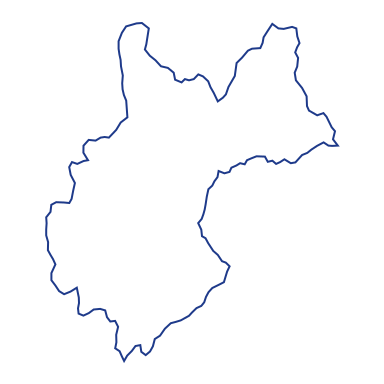 the district of Tapiratiba, São Paulo, Brazil
{"feature_id": "56859067B91878871299734", "entity_name": "Tapiratiba", "entity_type": "district", "adm_level": 2, "iso_a3": "BRA", "parent_name": "Brazil", "parent_adm1": "São Paulo", "projection": "equal_earth", "projection_center": [-46.735, -21.456], "detail": "fine", "context": "isolated", "style": "outline", "palette": "blue", "viewbox_px": 384, "rotation_deg": 0, "n_neighbors": 0, "source": "geoboundaries", "source_scale": "gbopen_adm2", "svg_char_len": 2403}
<svg xmlns="http://www.w3.org/2000/svg" viewBox="0 0 384 384"><path d="M118.6,41.2L118.6,48.8L119.4,54.3L120.6,59.9L121.0,66.3L122.8,75.5L122.2,83.3L122.6,89.4L123.9,95.0L126.2,100.6L127.4,117.3L120.7,122.5L116.2,129.9L108.9,137.6L104.7,137.0L100.6,137.6L95.6,140.6L88.7,139.9L83.5,145.7L83.4,152.7L88.0,160.2L83.6,161.0L77.3,163.9L72.0,162.1L69.2,167.1L70.7,174.9L74.9,183.0L73.2,190.6L71.6,198.9L69.3,203.0L63.9,202.5L56.2,202.2L51.3,204.8L50.5,211.9L46.2,217.3L46.6,223.3L46.2,229.5L46.2,235.4L48.1,242.1L47.9,250.2L50.6,255.1L53.0,259.1L55.4,264.4L51.4,273.1L51.4,280.2L55.4,285.5L59.1,291.1L64.1,294.2L70.5,291.6L76.8,287.7L78.8,297.5L79.0,303.1L78.0,308.4L78.6,313.6L83.4,315.6L88.8,313.1L93.7,309.5L100.2,308.9L105.2,310.4L107.0,317.2L110.3,321.5L115.1,320.9L118.1,326.8L116.2,334.8L116.4,342.3L115.2,348.3L119.6,351.2L121.7,356.0L124.1,361.0L127.2,355.6L131.8,351.0L135.5,346.0L140.3,345.1L141.3,351.8L145.7,355.1L150.0,351.5L152.9,346.3L154.8,339.0L160.0,335.7L164.9,328.7L170.8,323.2L175.4,322.0L180.7,320.4L189.0,315.8L191.9,312.6L196.5,308.1L201.3,305.9L204.2,302.3L206.0,296.9L208.5,292.2L212.3,288.0L219.0,284.7L223.9,282.2L227.1,271.6L229.6,266.3L225.8,262.6L222.0,261.2L217.8,254.9L213.3,251.0L208.2,243.2L205.5,238.2L202.0,236.2L201.3,229.7L198.2,223.1L201.7,218.9L203.4,214.2L204.7,209.5L205.6,204.5L206.8,196.6L208.4,189.2L212.3,185.6L214.4,181.3L217.5,177.1L218.6,171.0L224.4,173.3L229.5,171.9L231.4,167.7L236.4,165.5L240.1,163.2L244.7,164.3L247.0,160.2L251.2,158.4L256.5,156.3L264.9,156.6L267.8,161.8L272.4,160.7L276.1,163.9L280.1,162.1L284.4,159.3L290.8,163.2L295.4,162.4L302.1,155.0L307.3,152.9L311.4,149.6L317.0,145.9L323.6,142.4L328.4,145.6L332.2,145.9L337.8,145.6L333.0,139.3L335.0,131.2L331.7,127.3L326.5,116.7L323.4,113.1L317.2,115.3L309.0,110.6L307.0,106.1L306.6,96.3L302.1,88.0L295.9,80.3L294.7,72.7L297.2,66.6L298.1,57.9L295.2,52.4L297.1,47.3L299.5,43.1L297.3,36.4L296.3,28.4L292.1,26.9L283.7,28.9L278.4,28.4L272.3,23.9L267.5,31.2L263.6,37.3L262.6,42.9L260.3,48.1L252.0,48.7L247.9,50.7L242.0,57.7L236.6,63.0L234.8,76.0L228.5,86.9L225.9,94.4L222.9,97.7L217.8,101.4L213.8,93.0L210.5,87.2L208.2,81.3L203.0,76.4L198.3,74.4L193.8,79.1L189.0,80.3L184.9,79.1L181.6,82.4L175.1,79.7L173.7,72.7L167.9,67.9L161.0,66.3L155.4,60.2L149.8,55.7L144.9,49.5L146.3,44.3L148.8,28.4L141.9,23.0L136.5,23.4L126.1,26.4L121.9,32.8L118.6,41.2Z" fill="none" stroke="#1e3a8a" stroke-width="2"/></svg>